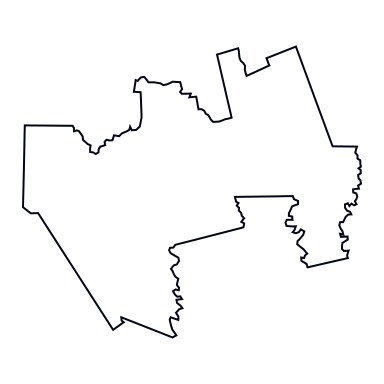 Cainguás, Misiones, Argentina
{"feature_id": "61730980B26117971223788", "entity_name": "Cainguás", "entity_type": "district", "adm_level": 2, "iso_a3": "ARG", "parent_name": "Argentina", "parent_adm1": "Misiones", "projection": "robinson", "projection_center": [-54.723, -27.156], "detail": "fine", "context": "isolated", "style": "outline", "palette": "ink", "viewbox_px": 384, "rotation_deg": 0, "n_neighbors": 0, "source": "geoboundaries", "source_scale": "gbopen_adm2", "svg_char_len": 4087}
<svg xmlns="http://www.w3.org/2000/svg" viewBox="0 0 384 384"><path d="M266.5,58.2L268.3,63.0L269.3,65.5L266.0,67.0L246.6,75.9L245.5,72.7L244.8,69.3L245.1,65.9L243.3,63.1L240.8,60.9L239.5,57.8L239.1,54.4L238.8,50.9L238.1,48.3L217.0,54.6L217.9,58.4L231.6,117.7L229.9,118.2L228.4,118.6L225.2,119.2L222.1,120.5L219.0,121.6L213.2,121.9L210.9,119.6L208.5,115.4L205.7,113.6L204.2,110.7L201.6,109.2L199.8,109.2L198.5,109.3L196.8,99.6L196.2,96.7L189.4,97.3L190.8,93.6L181.8,93.8L181.7,93.7L180.1,92.0L182.1,89.1L181.4,86.8L180.2,82.2L172.7,81.7L169.7,83.2L166.6,84.5L163.4,85.1L160.5,83.4L157.2,82.8L154.0,82.3L150.7,82.3L149.7,82.3L148.5,82.3L146.1,79.1L144.3,76.9L141.0,77.4L139.0,79.3L137.7,80.9L135.7,80.1L133.9,91.8L137.1,92.0L138.0,92.0L140.6,92.2L140.7,93.9L140.8,94.8L140.8,95.8L141.6,117.2L139.8,126.5L136.2,129.9L132.4,130.2L131.8,130.3L131.7,130.0L130.1,126.7L129.3,129.8L126.4,131.5L122.0,133.3L119.1,136.2L114.0,135.3L112.5,140.2L109.6,140.5L106.5,139.8L104.6,141.8L105.2,145.2L103.3,145.7L102.9,145.9L100.3,146.6L98.8,149.0L98.4,152.4L95.8,154.0L93.3,152.5L92.3,152.3L90.2,152.0L90.1,148.6L90.2,147.7L90.4,146.4L90.6,145.4L88.2,144.3L87.6,144.0L85.3,141.9L83.1,140.0L82.9,138.8L82.7,136.5L80.8,133.7L78.8,131.0L76.8,130.4L74.1,131.3L73.9,128.0L72.6,125.8L24.8,125.4L24.6,133.6L23.9,169.2L23.9,169.3L23.0,207.2L23.5,207.6L30.8,213.3L38.1,213.1L60.9,248.6L92.4,297.6L113.1,329.8L121.0,324.2L123.0,322.7L123.7,322.3L121.6,320.6L121.3,317.3L172.4,337.4L175.9,335.6L176.3,335.4L174.4,332.5L174.3,332.3L172.4,329.8L170.9,324.9L169.7,319.8L170.7,317.3L175.3,318.9L177.7,319.7L178.3,319.9L178.4,316.6L178.2,316.3L176.0,312.8L178.1,310.5L179.2,309.2L181.7,308.4L182.0,308.3L182.4,308.2L182.2,307.9L180.6,305.7L177.1,303.0L177.0,302.9L176.5,299.8L182.0,299.1L180.3,296.5L180.3,296.4L179.7,296.4L177.2,296.7L175.1,294.7L174.9,294.5L173.0,291.1L175.5,289.5L176.3,289.7L178.8,290.2L179.0,287.6L178.8,287.5L176.9,285.0L177.2,283.2L177.5,281.9L178.3,278.7L175.6,277.0L173.8,274.1L173.2,272.6L172.6,271.1L171.0,268.9L173.7,265.4L176.7,264.5L177.4,263.4L179.0,261.0L178.4,257.7L174.3,255.4L172.7,254.4L170.7,253.3L169.1,250.3L170.0,247.8L173.4,247.6L175.3,244.8L197.8,239.1L242.1,227.7L243.4,227.3L243.8,225.5L244.2,223.5L244.2,223.4L243.3,222.9L241.3,221.9L241.7,221.3L244.1,218.3L241.8,215.8L241.1,212.8L238.8,210.5L239.0,207.8L236.7,205.6L238.5,203.0L236.1,201.7L235.8,200.3L235.5,199.3L235.0,196.9L280.2,196.3L282.3,196.2L292.8,196.1L293.9,199.1L294.2,199.2L294.3,199.3L298.1,201.0L298.0,204.2L297.3,204.5L294.8,205.3L291.9,206.5L290.8,209.4L288.9,213.3L288.9,215.9L291.1,216.3L292.2,216.5L292.5,219.8L289.9,219.8L289.6,219.8L286.8,219.8L285.5,222.6L286.5,225.9L292.5,226.5L295.8,226.3L294.5,229.9L293.8,230.8L292.7,232.2L295.9,233.2L297.5,232.6L298.9,232.1L300.8,229.4L304.3,231.4L303.4,234.2L303.3,234.7L300.0,238.7L297.6,241.1L297.2,244.2L298.4,245.2L300.8,247.2L303.5,249.2L305.4,251.5L307.2,253.7L306.4,254.3L305.0,255.4L304.0,258.1L301.2,257.5L301.4,260.8L304.1,262.4L305.0,263.0L306.7,264.1L307.5,267.3L307.8,267.3L346.9,258.3L347.8,258.1L347.5,256.9L347.1,255.3L347.6,253.8L348.6,250.6L344.0,251.0L343.9,251.0L342.0,249.1L342.0,247.1L342.1,245.8L342.2,244.4L342.3,243.0L345.0,241.3L347.7,239.6L347.7,238.9L347.5,236.5L344.2,236.7L342.1,236.8L340.9,236.8L340.6,235.6L340.1,233.8L342.7,234.4L343.3,234.5L342.5,231.3L340.6,228.5L339.9,226.7L339.3,225.3L340.1,222.1L343.1,222.1L344.4,219.5L345.7,216.9L348.1,214.6L351.3,214.4L350.1,211.8L348.0,211.0L347.0,210.6L345.1,207.9L345.0,204.4L347.8,203.3L349.4,206.0L351.4,203.6L354.2,205.3L355.9,204.5L356.5,204.2L355.3,202.0L354.9,201.2L356.3,199.3L357.0,197.3L357.2,196.5L356.4,193.5L354.2,192.7L353.2,192.4L353.1,189.3L356.3,188.9L358.9,188.7L358.1,185.5L361.0,183.7L360.8,182.5L360.4,180.3L358.6,178.3L358.5,177.9L358.1,175.0L360.7,173.3L360.7,172.6L360.7,170.1L358.6,168.3L360.8,166.8L360.3,163.4L360.3,161.9L360.2,160.2L358.7,159.4L357.5,158.6L357.5,156.3L357.5,155.3L356.4,154.0L355.3,152.7L355.6,151.5L356.0,149.5L357.0,146.6L332.6,146.3L316.8,103.5L297.3,50.4L295.9,46.6L266.5,58.2Z" fill="none" stroke="#020617" stroke-width="2"/></svg>